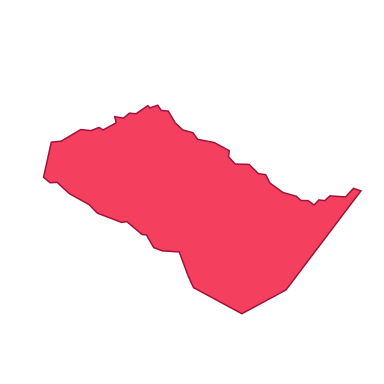 San Augustine, Texas, United States of America, rotated 119°
{"feature_id": "52423323B87261257392916", "entity_name": "San Augustine", "entity_type": "district", "adm_level": 2, "iso_a3": "USA", "parent_name": "United States of America", "parent_adm1": "Texas", "projection": "equal_earth", "projection_center": [-94.22, 31.376], "detail": "fine", "context": "isolated", "style": "filled", "palette": "rose", "viewbox_px": 384, "rotation_deg": 119, "n_neighbors": 0, "source": "geoboundaries", "source_scale": "gbopen_adm2", "svg_char_len": 843}
<svg xmlns="http://www.w3.org/2000/svg" viewBox="0 0 384 384"><g transform="rotate(119 192 192)"><path d="M137.9,272.5L150.7,278.9L153.4,285.0L160.6,287.7L163.6,296.1L168.3,291.9L180.9,299.9L180.6,304.6L187.3,310.1L191.3,319.6L210.9,331.0L216.6,339.2L251.1,329.0L252.7,320.6L249.0,314.6L252.9,298.4L252.9,276.2L256.4,264.3L252.7,238.7L249.5,234.7L253.4,215.0L251.6,211.1L259.2,198.6L257.8,189.2L250.6,174.1L268.1,153.7L274.9,144.3L274.3,89.4L232.0,62.3L109.1,44.8L110.6,52.6L121.9,55.3L128.5,69.5L135.2,71.7L137.4,77.2L144.2,78.9L143.2,86.2L146.6,92.6L145.2,98.7L148.3,112.2L146.4,128.1L141.1,136.0L143.8,142.8L140.2,155.5L146.6,167.8L143.5,177.1L137.8,179.4L138.0,196.7L143.2,212.6L139.7,220.0L142.2,230.1L139.7,240.2L132.7,252.0L135.6,258.5L132.7,264.0L138.8,269.6L137.9,272.5Z" fill="#f43f5e" stroke="#9f1239" stroke-width="1.5"/></g></svg>